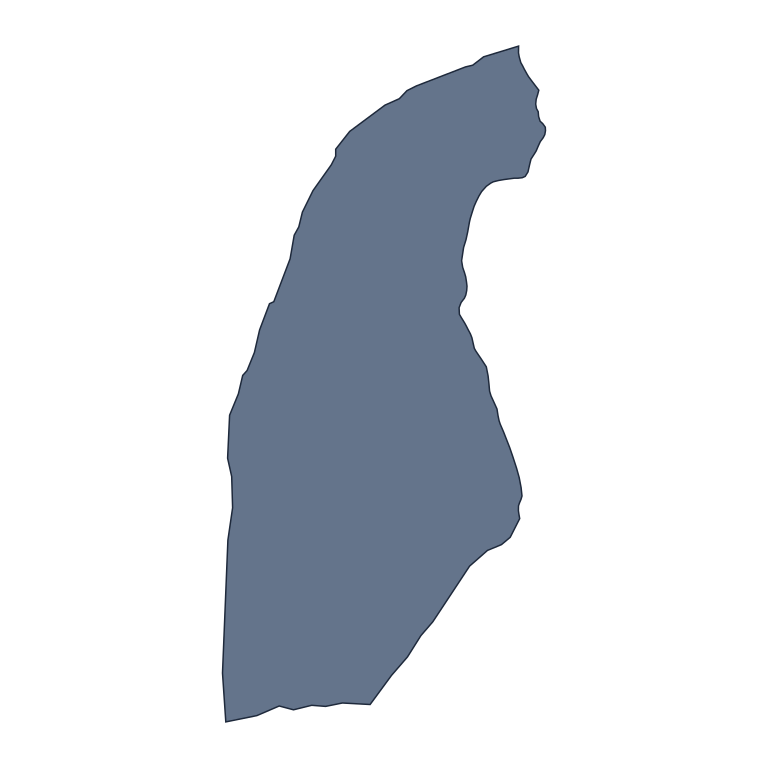 outline of El Tejar, Chimaltenango, Guatemala
{"feature_id": "79465075B23918140958816", "entity_name": "El Tejar", "entity_type": "district", "adm_level": 2, "iso_a3": "GTM", "parent_name": "Guatemala", "parent_adm1": "Chimaltenango", "projection": "robinson", "projection_center": [-90.776, 14.679], "detail": "fine", "context": "isolated", "style": "filled", "palette": "slate", "viewbox_px": 768, "rotation_deg": 0, "n_neighbors": 0, "source": "geoboundaries", "source_scale": "gbopen_adm2", "svg_char_len": 1818}
<svg xmlns="http://www.w3.org/2000/svg" viewBox="0 0 768 768"><path d="M225.8,721.9L256.9,715.6L279.2,706.0L293.5,709.8L311.7,705.3L325.6,706.4L342.4,703.0L370.1,704.5L391.5,675.4L407.5,656.9L420.9,635.6L432.8,621.8L469.6,566.1L487.5,550.4L501.5,544.6L510.2,537.3L519.7,518.6L518.9,514.1L518.4,510.7L518.5,505.8L519.6,502.6L521.0,499.4L522.0,496.0L521.1,487.6L519.2,477.6L516.6,468.3L512.8,456.6L509.7,447.6L503.6,432.0L500.2,424.1L499.1,420.8L498.0,415.5L497.0,409.0L494.7,403.9L491.0,395.8L489.6,391.2L489.3,388.0L489.0,384.4L488.1,376.0L486.3,366.8L480.7,358.2L478.7,355.3L475.8,351.0L474.3,348.3L473.0,342.6L471.9,337.7L470.4,333.9L467.8,329.0L466.4,326.2L464.6,322.9L461.2,317.4L459.4,314.3L459.1,307.7L461.1,302.5L464.4,298.2L465.8,295.0L466.7,290.6L467.0,286.2L466.5,282.0L465.7,276.8L464.5,272.7L462.7,267.4L461.6,260.7L462.4,255.5L463.6,247.5L466.0,239.7L467.7,231.9L469.5,221.8L470.3,218.4L472.3,211.9L474.1,206.3L476.3,201.3L479.0,195.9L481.6,191.6L486.3,186.3L490.6,183.2L493.3,181.8L498.5,180.5L504.3,179.5L514.3,178.2L517.9,178.2L522.3,177.7L525.2,176.4L528.0,171.9L529.6,164.7L531.0,159.1L534.6,153.5L536.2,150.9L538.1,146.4L540.3,141.6L543.2,137.7L544.8,134.6L545.5,130.6L545.3,127.2L542.8,123.7L540.1,121.2L538.6,116.5L538.2,111.7L536.5,108.6L535.7,104.1L536.2,99.2L537.6,94.8L538.8,90.2L532.3,81.7L528.5,76.6L526.8,73.7L524.2,69.0L522.6,65.8L520.8,62.6L519.2,56.8L518.5,52.9L518.6,46.1L483.6,56.8L472.7,65.2L465.5,66.9L416.4,85.9L407.0,90.6L399.3,98.7L385.0,105.1L349.7,131.4L335.7,149.2L335.7,156.2L331.3,164.8L313.0,190.6L302.4,212.1L298.8,226.9L294.2,235.2L290.1,258.8L273.8,301.7L269.5,303.7L259.6,329.9L254.4,352.5L247.1,370.5L242.7,375.4L238.4,393.8L229.6,415.2L227.6,458.2L231.7,476.6L232.6,507.8L227.9,540.1L222.5,673.1L225.8,721.9Z" fill="#64748b" stroke="#1e293b" stroke-width="1.5"/></svg>